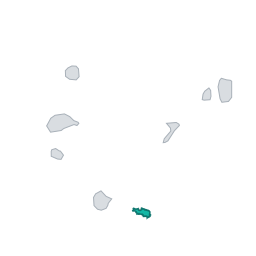 Nossa Senhora Das Dores, Sal, Cabo Verde (highlighted), rotated 115°
{"feature_id": "66160863B51777192933696", "entity_name": "Nossa Senhora Das Dores", "entity_type": "district", "adm_level": 2, "iso_a3": "CPV", "parent_name": "Cabo Verde", "parent_adm1": "Sal", "projection": "albers", "projection_center": [-22.934, 16.721], "detail": "fine", "context": "in_parent", "style": "filled", "palette": "teal", "viewbox_px": 256, "rotation_deg": 115, "n_neighbors": 0, "source": "geoboundaries", "source_scale": "gbopen_adm2", "svg_char_len": 3882}
<svg xmlns="http://www.w3.org/2000/svg" viewBox="0 0 256 256"><g transform="rotate(115 128 128)"><path d="M164.5,196.4L160.5,202.6L151.8,202.1L147.3,199.5L142.1,191.6L142.3,185.6L144.2,180.3L143.9,175.7L144.6,174.5L147.3,175.3L147.7,178.4L155.6,186.0L158.5,187.5L164.5,196.4ZM52.6,63.8L46.2,65.1L43.5,64.4L42.7,59.0L41.5,55.4L41.8,53.8L56.4,47.0L61.5,48.2L65.0,53.8L62.6,56.9L52.6,63.8ZM199.1,112.8L204.6,114.1L206.6,113.6L210.1,113.9L213.8,117.5L214.5,121.3L212.7,126.0L205.5,129.9L201.3,129.5L196.4,125.9L199.2,118.9L199.1,112.8ZM107.6,206.4L102.5,209.0L98.9,207.8L95.5,205.1L93.9,201.2L95.3,197.9L102.2,194.0L106.3,195.3L108.5,201.5L107.6,206.4ZM122.8,86.4L125.5,88.4L126.4,89.9L122.4,90.6L112.7,87.9L110.1,89.5L107.5,95.1L102.6,86.6L103.0,83.4L104.0,82.5L110.9,84.8L122.8,86.4ZM181.7,187.7L179.9,187.9L177.2,184.9L177.8,180.6L177.5,179.5L179.9,175.0L184.7,175.4L185.9,178.7L186.1,185.6L181.7,187.7ZM70.9,72.7L65.5,74.3L62.2,74.0L57.5,71.6L59.0,69.0L64.2,66.2L67.7,65.6L70.6,70.8L70.9,72.7ZM201.0,84.1L198.9,87.6L196.4,82.5L195.0,81.3L194.3,74.0L198.1,71.8L199.9,71.6L200.0,79.2L201.0,84.1Z" fill="#d9dde1" stroke="#a8b0b8" stroke-width="1"/><path d="M199.9,71.7L199.7,71.7L199.7,71.8L199.6,71.7L199.5,71.2L199.4,71.2L199.2,71.0L199.1,70.9L198.9,70.8L198.8,71.0L198.7,71.1L198.6,71.3L198.4,71.4L198.2,71.5L198.1,71.4L198.1,71.5L197.9,71.6L197.7,71.7L197.5,71.8L197.5,71.7L197.4,71.8L197.3,71.7L197.3,71.8L197.3,71.7L197.2,71.7L196.9,71.5L196.7,71.8L196.5,72.0L196.4,72.0L196.2,72.2L195.9,72.3L195.7,72.4L195.4,72.5L195.2,72.5L194.8,72.7L194.7,72.9L194.6,73.0L194.5,73.4L194.2,73.8L194.2,74.0L194.2,74.5L194.3,74.6L194.1,74.7L194.1,75.0L194.2,75.3L194.3,75.5L194.2,75.5L194.3,75.5L194.3,75.9L194.4,76.1L194.5,76.2L194.5,76.4L194.6,76.5L194.4,76.7L194.4,76.8L194.4,77.0L194.4,77.3L194.5,77.4L194.6,77.5L194.8,77.6L194.9,77.8L194.9,77.6L195.0,77.5L195.2,77.8L195.2,78.1L195.1,78.3L194.9,78.4L195.0,78.5L194.9,78.7L194.9,78.8L194.6,79.0L194.6,79.4L194.7,79.6L194.8,80.0L195.1,80.1L195.3,80.5L195.2,80.6L194.9,80.6L194.8,80.8L194.7,81.0L194.6,81.3L194.4,81.4L194.5,81.4L194.6,81.6L194.8,81.6L195.0,81.8L195.1,81.7L195.3,81.6L195.6,81.5L195.7,81.4L196.1,81.4L196.3,81.4L196.5,81.5L196.8,81.6L197.1,81.6L197.3,81.8L197.5,81.9L197.6,82.1L197.8,82.4L197.8,82.5L197.8,82.8L197.9,83.0L197.9,83.3L197.8,83.6L197.7,83.8L197.8,83.9L197.6,84.1L197.4,84.3L197.1,84.5L197.3,84.7L197.3,84.8L197.2,84.9L197.3,85.1L197.2,85.1L197.3,85.2L197.3,85.3L197.4,85.5L197.6,85.7L197.8,85.9L198.2,86.5L198.3,86.8L198.4,87.1L198.4,87.6L198.3,87.8L198.5,88.0L198.4,88.2L198.4,88.4L198.4,88.8L198.4,89.0L198.5,89.1L198.8,89.2L199.0,89.1L199.1,88.8L199.3,88.7L199.5,88.5L199.7,88.4L199.8,88.4L200.0,88.4L200.2,88.5L200.3,88.4L200.6,88.5L200.8,88.7L201.0,88.8L201.1,88.7L201.1,88.4L201.0,88.2L200.8,87.9L200.7,87.8L200.5,87.4L200.3,87.0L200.3,86.7L200.3,86.4L200.2,85.9L200.3,85.6L200.5,85.4L200.8,85.2L201.0,85.2L201.1,84.9L201.1,84.7L201.2,84.3L201.3,84.3L201.3,84.2L201.5,84.0L201.4,84.0L201.5,83.9L201.4,83.9L201.5,83.9L201.6,83.7L201.8,83.6L202.0,83.5L202.1,83.4L201.9,83.2L202.0,83.2L201.8,82.9L201.8,82.7L201.7,82.7L201.5,82.4L201.5,82.2L201.4,82.1L201.5,82.1L201.6,81.9L201.5,81.7L201.4,81.5L201.4,81.4L201.2,81.3L200.8,80.6L200.7,80.1L200.7,79.9L200.6,79.7L200.5,79.4L200.4,79.3L200.4,79.2L200.5,78.9L200.7,78.7L200.7,78.4L200.6,78.1L200.4,78.1L200.5,77.9L200.3,77.9L200.4,77.7L200.5,77.6L200.5,77.4L200.7,77.1L200.8,77.1L201.1,77.3L201.2,77.2L201.2,77.3L201.3,77.2L201.4,76.6L201.6,76.5L201.5,76.3L201.3,76.1L201.2,76.1L201.3,76.1L201.2,76.1L201.0,75.8L201.1,75.7L200.9,75.5L200.8,75.2L200.6,74.9L200.6,74.6L200.4,74.5L200.2,74.5L200.2,74.4L200.1,74.2L200.3,73.9L200.4,73.7L200.5,73.2L200.8,73.0L200.7,73.0L200.8,72.9L200.7,72.8L200.8,72.7L200.8,72.4L200.9,72.2L200.7,72.1L200.2,72.0L199.9,71.8L199.9,71.7ZM194.2,81.3L194.3,81.3L194.2,81.3Z" fill="#14b8a6" stroke="#0f766e" stroke-width="1.5"/></g></svg>